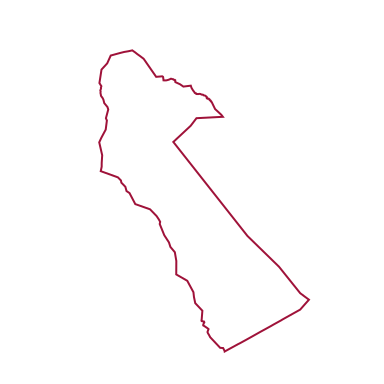 Shinejinst, Bayanhongor, Mongolia (orthographic projection), rotated 325°
{"feature_id": "93677404B41329539595641", "entity_name": "Shinejinst", "entity_type": "district", "adm_level": 2, "iso_a3": "MNG", "parent_name": "Mongolia", "parent_adm1": "Bayanhongor", "projection": "orthographic", "projection_center": [99.408, 43.736], "detail": "fine", "context": "isolated", "style": "outline", "palette": "rose", "viewbox_px": 384, "rotation_deg": 325, "n_neighbors": 0, "source": "geoboundaries", "source_scale": "gbopen_adm2", "svg_char_len": 3301}
<svg xmlns="http://www.w3.org/2000/svg" viewBox="0 0 384 384"><g transform="rotate(325 192 192)"><path d="M127.3,341.4L128.3,341.5L135.6,342.3L142.8,343.1L143.9,343.3L151.1,344.1L157.9,344.8L165.0,345.5L168.1,345.8L170.8,346.1L173.4,346.4L180.0,347.1L182.4,347.3L191.8,348.3L192.6,348.3L197.6,348.8L204.5,349.5L211.3,350.2L213.1,350.4L218.9,349.0L226.0,347.3L222.6,337.0L221.8,324.8L220.4,303.1L212.2,259.8L205.4,140.3L211.0,139.5L228.9,137.0L238.0,134.1L260.4,148.1L260.3,145.6L258.5,137.3L259.5,131.0L259.6,130.6L259.6,130.3L259.7,130.0L259.6,129.8L259.6,129.3L259.7,129.0L259.6,128.8L259.4,128.5L259.4,128.4L259.7,128.1L259.7,127.8L259.7,127.6L259.6,127.4L259.4,127.1L259.2,126.9L259.2,126.5L259.5,126.2L259.4,125.8L259.2,125.7L259.2,125.1L258.9,124.8L258.7,124.8L258.3,124.6L258.2,124.4L258.3,124.1L258.1,124.0L257.9,123.8L257.9,123.6L258.0,123.3L258.2,123.1L258.5,122.9L258.6,122.6L258.4,122.4L258.5,122.1L258.4,121.9L258.3,121.6L258.3,121.2L258.2,120.9L257.9,120.5L257.8,120.3L257.6,120.1L257.3,119.8L257.2,119.7L256.9,119.4L256.9,118.8L256.8,118.7L256.4,118.2L256.1,118.0L255.9,117.9L255.4,117.1L255.2,116.7L254.7,116.1L254.2,115.8L253.9,115.6L253.3,115.4L252.9,115.1L252.5,114.7L252.2,114.6L251.8,114.2L251.7,113.9L251.8,113.6L251.8,113.3L251.5,113.2L251.4,113.0L251.3,112.7L251.1,112.4L251.2,112.0L251.2,111.7L251.2,111.3L251.2,110.7L251.2,110.4L251.1,109.7L251.3,106.6L251.7,105.1L252.0,104.2L245.4,100.7L244.0,96.9L241.6,92.8L241.4,92.4L241.5,92.1L241.8,91.7L242.2,91.1L242.4,90.8L242.3,90.5L242.1,90.5L241.9,90.4L241.7,90.2L241.5,89.5L241.4,89.0L241.1,88.8L240.8,88.5L240.5,88.0L240.0,87.4L239.7,87.1L239.2,87.0L238.2,86.9L237.8,86.8L237.6,86.7L237.1,86.6L236.8,86.5L236.5,86.4L236.0,86.2L235.4,86.0L234.6,85.6L234.0,85.2L233.5,84.8L233.1,84.5L232.7,84.2L232.9,83.8L233.3,83.2L233.5,82.7L233.7,82.3L233.9,82.0L234.2,81.4L234.3,81.0L234.2,80.7L234.0,80.2L228.7,77.1L228.8,55.2L227.4,50.8L226.3,47.7L225.5,45.0L224.3,41.7L223.7,41.5L220.6,40.2L216.8,38.4L212.9,36.9L203.7,33.6L196.3,38.0L188.1,39.8L178.7,49.6L178.6,49.8L178.6,50.5L178.6,51.0L178.5,51.8L178.5,52.7L178.5,53.2L178.3,53.5L178.0,53.7L177.6,54.0L177.2,54.3L177.0,54.8L176.6,55.2L176.2,55.5L175.7,55.8L175.4,56.1L175.2,56.2L175.1,56.3L175.0,56.6L174.9,57.0L174.7,57.4L174.2,57.9L173.7,58.6L173.3,59.7L172.9,60.4L172.7,60.9L172.6,61.3L172.6,61.9L172.7,63.3L172.5,64.9L172.4,65.5L171.1,68.9L171.5,73.9L170.7,76.4L163.8,82.2L163.3,84.6L157.1,91.4L148.8,95.6L144.5,98.1L139.5,110.4L134.7,116.4L132.5,119.5L129.2,122.6L139.7,137.5L140.4,141.8L139.5,143.8L140.4,149.5L138.9,153.7L140.2,157.0L138.6,169.4L147.7,182.1L149.2,191.4L149.1,195.4L148.8,198.2L147.2,199.7L146.2,204.1L144.5,211.5L144.2,220.1L142.8,224.6L143.4,231.5L139.6,239.5L131.8,250.5L137.2,262.0L135.7,274.9L133.4,279.1L130.9,284.9L132.4,295.2L126.8,302.0L126.2,302.5L125.9,303.0L125.9,303.3L126.4,303.6L126.8,304.4L126.9,304.6L127.2,304.7L127.5,304.9L127.5,305.3L127.4,305.6L127.3,305.8L127.2,306.0L126.3,306.3L125.2,307.1L124.8,307.4L124.7,307.7L124.7,308.0L125.1,308.6L126.6,312.6L126.9,313.8L125.3,314.9L124.7,315.3L124.4,315.6L124.2,316.1L124.1,316.7L124.0,317.3L124.0,317.9L124.0,318.3L123.9,319.1L123.8,319.7L123.8,320.1L123.7,320.8L123.6,321.4L123.7,322.0L125.7,335.8L128.0,337.7L127.5,341.0L127.3,341.4Z" fill="none" stroke="#9f1239" stroke-width="2"/></g></svg>